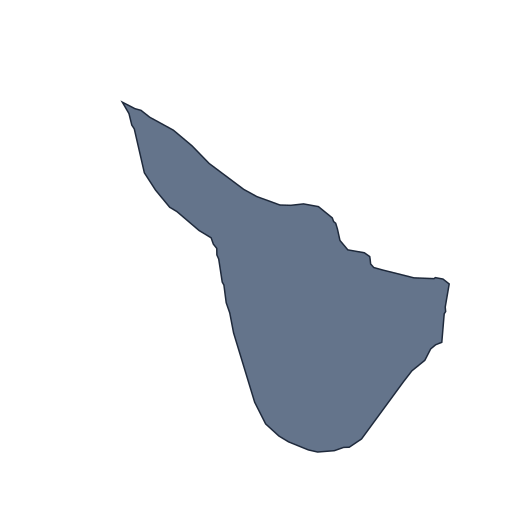 the district of Santa Apolonia, Chimaltenango, Guatemala, rotated 314°
{"feature_id": "79465075B14911635135013", "entity_name": "Santa Apolonia", "entity_type": "district", "adm_level": 2, "iso_a3": "GTM", "parent_name": "Guatemala", "parent_adm1": "Chimaltenango", "projection": "mercator", "projection_center": [-90.952, 14.838], "detail": "fine", "context": "isolated", "style": "filled", "palette": "slate", "viewbox_px": 512, "rotation_deg": 314, "n_neighbors": 0, "source": "geoboundaries", "source_scale": "gbopen_adm2", "svg_char_len": 980}
<svg xmlns="http://www.w3.org/2000/svg" viewBox="0 0 512 512"><g transform="rotate(314 256 256)"><path d="M370.1,414.4L369.3,406.5L365.0,400.0L363.4,399.8L350.0,384.8L334.0,357.0L329.5,348.7L329.9,344.0L332.9,340.4L334.6,338.2L333.6,331.7L324.2,317.8L325.5,305.6L332.0,295.8L334.9,290.6L334.7,287.9L336.4,284.4L334.9,266.6L326.5,254.0L316.6,245.8L309.3,237.8L299.3,215.3L295.4,200.9L290.0,158.0L290.8,133.5L289.1,109.1L282.0,83.2L280.9,72.1L277.9,66.6L273.8,53.0L270.2,65.7L263.9,75.7L262.9,80.1L238.3,117.9L233.6,138.0L231.1,160.1L233.0,168.2L234.8,197.4L237.9,211.1L234.9,217.1L234.2,222.5L229.6,227.1L227.9,231.3L213.8,249.8L212.8,253.1L201.7,267.0L196.8,276.7L185.1,293.3L149.9,356.6L141.9,379.6L142.4,397.5L144.9,408.5L152.9,428.4L157.8,436.5L170.4,447.6L179.2,452.0L183.2,455.9L197.7,459.0L268.1,449.4L281.7,447.9L298.3,449.9L310.5,446.2L317.0,446.9L323.0,449.6L345.2,431.5L347.8,431.0L350.7,427.6L370.1,414.4Z" fill="#64748b" stroke="#1e293b" stroke-width="1.5"/></g></svg>